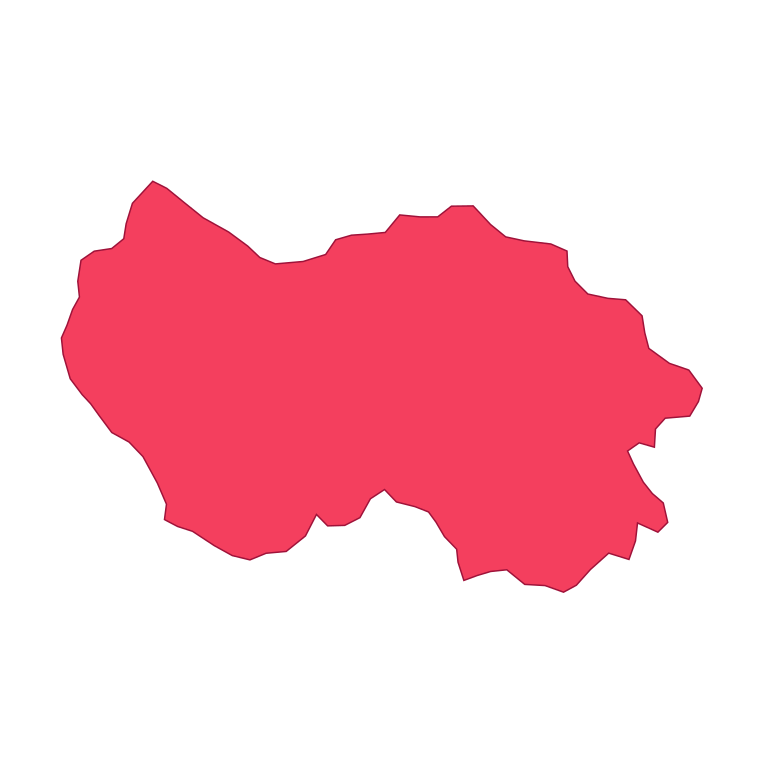 Braço do Trombudo, Santa Catarina, Brazil, rotated 264°
{"feature_id": "56859067B6588865534852", "entity_name": "Braço do Trombudo", "entity_type": "district", "adm_level": 2, "iso_a3": "BRA", "parent_name": "Brazil", "parent_adm1": "Santa Catarina", "projection": "robinson", "projection_center": [-49.906, -27.37], "detail": "fine", "context": "isolated", "style": "filled", "palette": "rose", "viewbox_px": 768, "rotation_deg": 264, "n_neighbors": 0, "source": "geoboundaries", "source_scale": "gbopen_adm2", "svg_char_len": 1420}
<svg xmlns="http://www.w3.org/2000/svg" viewBox="0 0 768 768"><g transform="rotate(264 384 384)"><path d="M550.5,417.3L534.6,401.1L534.8,383.4L535.4,367.2L532.5,351.0L518.9,339.5L514.3,316.4L514.8,288.5L522.8,273.7L535.4,262.9L551.3,245.5L568.2,221.5L585.9,203.7L601.3,188.4L609.8,175.2L590.0,152.7L570.3,144.3L555.7,140.4L547.2,127.4L546.4,109.7L538.7,95.6L518.2,90.2L502.3,90.2L490.7,82.1L475.6,74.9L463.5,68.0L447.1,68.0L422.0,72.5L405.0,82.7L395.0,90.2L382.4,97.4L364.2,108.2L352.9,124.4L337.0,136.7L309.3,148.2L287.2,155.1L272.1,151.5L263.9,163.8L257.5,178.2L241.0,198.3L229.2,215.2L223.1,232.3L228.0,249.1L227.7,269.2L241.1,290.0L261.3,303.2L248.8,313.1L247.5,330.2L253.6,346.1L271.3,358.5L279.0,373.5L265.4,384.0L258.8,402.0L252.1,414.9L241.1,421.3L225.9,428.2L212.1,439.0L199.0,439.0L180.3,442.9L183.8,456.7L186.4,470.5L186.4,486.7L170.0,503.0L166.7,523.1L158.2,540.8L163.8,554.3L178.0,570.0L192.3,589.8L183.9,609.3L201.6,617.7L219.3,621.6L208.0,640.9L216.7,651.7L236.5,649.3L247.0,639.4L259.3,631.6L278.5,623.7L291.9,619.2L298.8,631.6L292.9,646.3L310.9,649.3L320.6,660.1L320.1,684.7L333.7,694.9L346.5,700.0L366.0,688.6L374.7,670.0L391.7,651.1L407.6,648.7L424.8,647.8L442.5,633.1L445.8,615.6L452.2,596.1L466.3,584.7L481.5,579.0L497.1,579.9L505.8,564.6L511.7,538.4L517.6,520.4L531.5,506.6L551.8,491.3L553.8,469.6L544.6,454.9L546.4,437.5L550.5,417.3Z" fill="#f43f5e" stroke="#9f1239" stroke-width="1.5"/></g></svg>